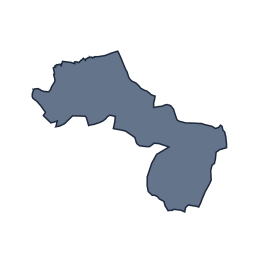 Danja, Katsina, Nigeria (Mercator projection), rotated 191°
{"feature_id": "59680162B42687104490462", "entity_name": "Danja", "entity_type": "district", "adm_level": 2, "iso_a3": "NGA", "parent_name": "Nigeria", "parent_adm1": "Katsina", "projection": "mercator", "projection_center": [7.63, 11.408], "detail": "fine", "context": "isolated", "style": "filled", "palette": "slate", "viewbox_px": 256, "rotation_deg": 191, "n_neighbors": 0, "source": "geoboundaries", "source_scale": "gbopen_adm2", "svg_char_len": 4453}
<svg xmlns="http://www.w3.org/2000/svg" viewBox="0 0 256 256"><g transform="rotate(191 128 128)"><path d="M228.5,147.8L228.4,147.6L228.2,147.4L227.8,146.8L227.8,146.7L228.1,146.2L228.3,144.9L228.5,143.6L228.3,142.2L228.1,140.8L227.6,140.0L227.1,139.1L225.5,138.2L222.8,137.0L218.0,133.3L212.0,127.6L213.5,124.0L204.7,118.3L202.2,119.5L199.9,120.7L198.8,121.4L198.9,119.4L199.0,116.1L199.2,115.4L196.1,116.6L195.7,116.8L195.4,116.9L191.1,120.1L184.7,129.4L172.5,131.4L172.4,131.4L170.9,130.4L167.1,122.9L166.2,123.5L162.0,125.1L156.4,128.3L153.8,130.3L151.6,132.8L150.3,135.3L148.3,137.1L142.7,137.0L142.1,131.5L142.3,124.6L133.7,124.7L129.8,124.5L123.5,121.8L119.5,120.0L118.0,117.2L117.0,115.2L115.9,114.1L113.3,112.8L109.1,113.0L105.8,113.3L103.3,113.8L100.5,116.8L99.6,118.0L94.7,118.6L86.3,117.5L84.2,117.1L94.9,107.5L98.0,97.8L99.8,83.7L98.2,75.0L96.0,69.5L92.5,67.3L91.9,67.0L91.8,66.8L91.7,66.7L91.3,66.6L91.1,66.6L90.9,66.6L90.6,66.7L90.4,66.8L90.1,67.0L88.9,67.0L86.0,66.3L83.8,64.4L78.8,62.8L76.6,58.6L72.9,54.5L70.5,55.3L68.7,55.6L67.7,56.9L64.9,57.1L62.0,57.3L60.3,57.4L56.3,56.4L56.3,60.9L54.1,63.9L46.6,64.2L45.2,64.1L44.1,64.0L43.5,63.9L42.2,69.3L41.8,72.1L40.0,80.6L37.6,87.8L36.4,92.6L38.7,102.1L38.4,107.5L36.4,109.7L36.3,114.3L36.9,121.1L35.2,122.7L34.1,124.1L27.5,127.5L27.7,128.1L28.1,130.7L28.7,132.8L29.8,136.1L30.2,137.7L32.3,142.4L34.5,144.1L35.6,146.7L36.3,147.8L37.8,148.4L39.1,145.9L42.0,144.2L46.0,145.7L46.5,145.7L51.1,145.9L52.7,145.9L55.7,146.3L57.7,146.4L58.5,146.1L60.9,145.8L64.5,145.3L68.4,144.7L71.9,144.0L78.9,144.4L81.4,145.3L83.9,149.5L84.1,149.9L87.0,155.2L90.4,158.1L94.1,158.5L96.6,157.4L97.9,156.4L99.0,155.8L101.6,155.0L106.7,153.1L107.6,157.4L107.4,161.0L107.5,164.5L107.8,164.5L109.1,164.6L111.8,165.2L114.0,166.6L115.7,167.4L116.2,167.7L119.5,168.3L122.9,169.4L125.5,171.6L128.8,173.7L133.0,174.7L135.1,176.0L137.0,177.9L139.5,182.7L141.3,184.8L145.2,190.6L148.5,195.7L149.9,197.6L151.6,200.1L152.8,201.5L152.9,201.4L158.7,198.3L163.6,195.2L164.2,194.9L165.2,194.4L167.1,193.7L169.4,192.9L171.0,192.3L174.2,191.7L174.3,191.5L174.4,191.3L174.4,191.1L174.9,191.0L175.0,191.1L175.5,190.8L175.3,190.7L175.2,190.6L175.5,190.4L175.7,190.2L176.1,190.0L176.4,190.0L176.6,190.3L177.0,190.5L177.9,190.6L178.2,190.4L178.3,190.1L178.5,190.0L178.9,190.1L179.0,190.0L179.2,189.9L179.4,190.0L179.5,190.1L179.5,189.8L179.8,189.6L180.8,189.3L180.9,188.9L181.1,188.8L181.7,188.3L182.1,188.1L182.7,187.6L182.6,187.4L182.6,187.0L182.6,186.8L182.7,186.7L182.8,186.3L184.9,187.7L185.2,187.9L185.4,187.5L185.5,187.5L185.6,187.3L185.7,186.9L185.9,186.6L186.4,186.0L186.6,185.7L186.8,185.7L187.1,185.5L187.6,184.5L187.9,184.1L188.2,183.9L188.4,183.5L188.5,183.3L188.6,183.0L189.0,182.8L189.4,182.8L189.6,182.9L189.8,183.0L190.1,183.1L190.3,183.1L190.5,183.0L190.8,183.1L191.0,183.1L191.4,183.1L191.6,183.1L192.1,182.9L192.3,182.9L192.6,182.8L192.9,182.8L193.4,182.8L193.5,182.9L193.3,182.5L193.2,182.2L193.0,181.9L192.9,181.5L192.8,181.3L192.7,181.2L192.8,181.2L193.0,181.1L193.4,181.3L193.7,181.2L194.1,181.1L194.3,181.0L194.6,181.0L194.8,181.2L195.0,181.2L195.6,181.3L195.9,181.4L196.0,181.5L196.3,181.5L205.0,180.9L205.1,179.5L205.3,179.0L205.4,178.7L205.4,178.3L205.4,177.7L205.3,177.1L205.2,176.5L205.4,176.5L205.6,176.5L205.7,176.4L205.8,176.9L205.9,177.3L206.0,177.6L206.1,177.8L206.4,177.7L206.8,177.6L207.0,177.5L207.3,177.5L207.6,177.4L207.9,177.3L208.2,177.1L208.3,177.0L208.6,176.8L209.1,176.4L209.5,176.6L209.8,176.6L210.0,176.6L210.1,176.4L210.6,176.0L211.6,174.8L210.7,174.2L211.6,173.7L212.3,173.2L212.8,172.8L212.8,172.6L211.8,170.5L210.8,168.0L210.4,166.8L210.5,166.7L211.2,166.4L209.8,163.4L209.3,162.3L208.7,160.2L208.9,159.1L209.4,157.8L210.1,155.9L210.6,154.7L210.9,153.2L211.1,153.0L211.2,152.3L211.1,151.5L212.0,149.7L212.1,149.4L212.2,149.2L212.3,149.1L212.5,148.7L212.8,148.5L212.9,148.4L213.2,148.4L213.7,148.3L214.0,148.2L214.4,148.1L215.3,148.1L215.5,148.0L215.9,148.1L216.0,148.1L216.4,148.0L216.8,148.0L217.0,147.9L217.5,147.7L217.8,147.8L218.0,147.9L218.6,148.0L218.9,148.1L219.5,148.2L220.1,148.2L220.4,148.2L220.6,148.3L221.0,148.5L221.4,148.7L221.6,148.8L221.7,149.0L222.2,149.1L222.5,149.1L223.4,149.2L223.5,149.3L223.7,149.5L224.1,149.4L224.5,149.3L225.0,149.2L225.5,149.0L225.8,148.9L226.0,148.8L226.3,148.8L226.6,148.7L226.8,148.6L227.1,148.4L227.4,148.3L227.6,148.1L227.8,148.0L228.0,148.0L228.2,147.9L228.3,147.8L228.5,147.8Z" fill="#64748b" stroke="#1e293b" stroke-width="1.5"/></g></svg>